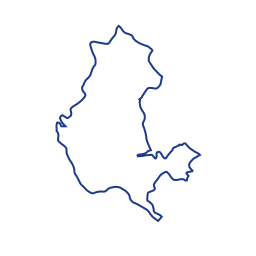 Nghia Lo, Yên Bái, Vietnam, rotated 133°
{"feature_id": "81297802B35519691635120", "entity_name": "Nghia Lo", "entity_type": "district", "adm_level": 2, "iso_a3": "VNM", "parent_name": "Vietnam", "parent_adm1": "Yên Bái", "projection": "equal_earth", "projection_center": [104.497, 21.599], "detail": "fine", "context": "isolated", "style": "outline", "palette": "blue", "viewbox_px": 256, "rotation_deg": 133, "n_neighbors": 0, "source": "geoboundaries", "source_scale": "gbopen_adm2", "svg_char_len": 5268}
<svg xmlns="http://www.w3.org/2000/svg" viewBox="0 0 256 256"><g transform="rotate(133 128 128)"><path d="M90.5,213.4L92.0,213.1L93.1,212.2L95.4,208.3L97.5,204.2L98.5,201.2L100.2,198.3L102.5,196.1L103.9,195.2L104.5,195.0L106.4,195.0L107.9,194.6L109.0,194.3L112.1,192.9L113.9,192.2L114.6,191.7L115.3,191.6L117.5,191.3L122.0,191.5L124.6,190.9L127.2,189.8L129.3,189.5L130.5,188.4L131.6,186.7L131.9,184.7L132.3,182.6L133.1,181.5L134.7,180.9L137.8,180.7L140.0,180.8L143.5,181.3L146.3,181.9L147.7,182.3L148.7,182.6L150.1,182.9L151.5,183.1L152.2,183.1L153.0,183.0L153.7,182.6L154.5,181.5L155.4,180.2L156.2,179.2L157.4,178.4L158.4,178.2L160.0,178.4L160.9,178.6L162.3,179.2L162.5,180.2L163.1,183.5L163.5,184.8L164.2,185.0L164.5,185.1L164.8,185.1L165.3,185.1L165.9,185.0L166.5,184.9L166.8,184.7L167.1,184.4L167.4,184.2L167.7,183.4L168.6,181.1L169.0,180.0L169.2,178.1L169.3,175.9L169.4,174.9L172.2,177.8L171.5,179.8L171.0,181.7L171.7,182.8L172.1,183.3L172.4,183.4L172.6,183.4L172.8,183.4L173.5,182.9L174.7,182.2L175.5,181.5L177.4,179.5L178.9,178.2L178.9,177.6L179.0,177.0L179.2,176.4L179.4,175.9L179.6,175.5L180.2,174.7L180.6,174.0L181.4,173.4L183.1,172.1L184.0,171.6L184.5,171.0L184.7,170.6L185.0,170.1L185.1,169.3L185.0,167.5L185.0,166.5L184.9,165.4L184.7,163.8L184.6,161.9L184.6,160.8L184.7,160.1L184.9,159.5L185.1,159.1L185.4,158.6L186.0,158.0L186.9,157.1L187.4,156.7L187.9,156.1L188.7,154.9L188.9,154.5L189.1,153.9L189.7,152.6L190.0,151.8L190.5,150.7L190.9,149.7L191.4,147.5L191.6,146.9L191.9,145.7L192.2,144.6L192.5,143.7L193.0,142.6L193.6,141.2L194.0,140.4L194.7,139.3L196.0,137.9L196.9,136.9L197.3,136.3L197.7,135.4L198.2,133.2L198.7,131.5L199.2,129.9L199.9,128.2L200.4,126.7L201.0,125.3L201.2,124.1L201.3,123.3L201.3,122.2L201.4,119.0L201.5,117.5L201.6,116.0L201.5,114.6L201.3,113.3L201.0,112.0L200.7,110.8L200.3,109.9L199.9,109.4L199.4,108.9L198.8,108.5L197.4,107.9L196.4,107.3L194.9,106.2L193.7,105.3L192.8,104.4L191.8,103.2L191.0,102.2L190.1,101.6L189.4,101.4L188.9,101.2L187.0,101.1L185.9,101.0L184.6,100.5L183.5,100.0L182.3,99.1L181.0,98.2L179.9,97.3L179.0,96.4L178.2,95.3L177.6,94.4L177.2,93.6L176.7,92.3L176.4,90.7L176.0,88.5L175.8,87.9L175.7,87.0L175.7,85.9L175.7,84.5L175.9,82.8L176.0,82.0L176.3,81.3L176.7,80.6L177.2,79.8L178.0,78.7L178.5,77.6L178.7,77.0L178.8,76.4L178.9,75.7L178.9,74.2L178.9,73.7L178.7,72.9L178.3,72.0L178.0,71.2L177.7,70.0L177.2,68.6L176.7,66.2L176.4,65.2L175.7,62.0L175.3,60.3L175.1,59.6L174.9,57.4L174.9,56.8L174.9,56.2L175.1,55.7L175.3,54.6L175.6,53.2L175.9,51.4L176.1,50.1L176.1,49.5L176.1,48.7L176.0,47.2L175.7,44.9L175.5,42.8L175.4,42.6L172.2,42.7L169.9,42.8L169.8,44.7L170.2,46.4L170.7,48.2L171.2,49.3L171.4,50.1L171.5,50.8L171.5,51.5L171.2,52.3L170.9,52.9L170.0,53.7L169.1,55.0L167.9,57.0L167.4,58.2L167.4,60.0L167.4,61.6L167.6,63.1L167.9,64.3L166.9,65.4L166.0,66.2L164.8,67.1L163.0,68.5L162.1,69.0L161.5,69.1L160.7,69.0L160.4,68.8L159.4,68.3L157.5,67.4L156.2,66.8L155.4,66.6L154.6,66.7L154.3,66.9L153.9,67.2L153.4,68.1L152.7,69.4L152.1,70.2L151.6,70.6L150.9,70.8L147.3,71.3L144.9,71.5L140.7,72.1L139.1,72.0L137.8,71.7L135.8,71.1L134.7,70.6L133.7,69.8L133.7,66.7L134.6,63.1L134.8,60.7L134.7,59.2L133.7,57.9L131.8,56.1L129.7,54.7L128.3,53.4L127.5,51.9L127.3,50.3L126.3,49.2L125.3,50.0L123.3,50.7L122.1,50.9L121.9,51.0L121.6,51.3L121.6,52.3L121.6,53.4L121.4,54.1L121.2,54.5L120.4,54.6L120.1,54.4L119.1,53.9L115.9,51.6L115.6,51.5L115.3,51.6L115.2,52.3L115.0,54.9L114.9,55.9L114.7,56.4L113.0,58.5L110.2,59.2L106.0,59.2L104.2,58.8L102.9,58.1L101.0,57.8L99.4,57.3L98.6,57.0L98.5,57.4L98.5,57.9L98.9,60.0L99.8,63.1L100.3,66.5L100.7,69.0L100.6,70.9L100.4,72.9L100.2,75.5L100.6,76.1L101.5,76.7L102.0,76.8L102.3,76.8L102.9,76.7L103.2,76.7L103.5,76.8L104.1,77.4L104.3,77.9L104.6,78.4L105.0,79.0L105.6,79.2L106.0,79.1L106.2,78.9L111.6,81.3L114.2,80.4L117.6,80.4L119.1,80.3L120.5,80.2L122.1,80.0L124.2,79.6L125.1,80.3L125.3,81.7L124.9,83.8L124.3,85.6L123.9,88.1L124.4,89.3L125.3,89.8L126.0,90.1L127.3,89.7L128.7,88.2L130.3,87.1L131.2,86.9L131.7,87.4L131.4,90.3L131.4,92.3L133.1,94.0L136.2,96.6L139.2,98.9L141.9,101.4L141.6,102.3L140.3,102.2L138.5,100.5L135.3,98.3L133.4,97.7L131.0,97.6L129.7,96.7L128.7,96.1L128.3,96.8L126.7,100.7L125.0,104.4L123.5,107.0L122.1,108.5L121.0,110.1L119.9,111.3L119.2,112.6L116.9,116.4L116.3,118.0L114.5,120.4L113.0,120.9L111.3,121.4L110.0,122.0L108.8,123.0L108.0,123.8L107.1,124.8L106.5,126.0L106.0,127.6L105.6,129.7L104.3,133.0L103.5,134.3L101.2,137.1L99.2,138.3L99.2,138.6L99.3,139.2L97.1,138.9L96.4,138.9L95.9,138.9L94.8,139.3L92.7,139.6L91.1,140.0L87.5,140.5L86.1,140.6L84.8,140.3L83.2,138.8L80.7,135.2L79.9,134.2L78.2,133.7L75.6,133.7L73.5,134.3L70.2,136.3L67.1,138.2L67.2,138.6L67.3,139.4L67.4,140.7L67.4,142.2L67.0,149.6L65.3,156.8L64.6,158.7L62.5,160.7L61.3,161.4L59.1,162.2L57.4,162.6L56.1,162.7L55.1,162.8L54.7,163.1L54.5,163.5L54.4,163.9L54.4,165.5L54.6,168.5L55.2,170.2L56.4,172.7L58.2,177.4L58.6,179.5L59.0,182.0L59.0,182.9L58.9,184.9L58.0,186.9L57.7,188.5L58.0,189.4L58.9,191.7L60.1,194.2L60.4,195.3L60.5,196.9L60.4,198.4L59.7,201.0L59.6,202.5L59.6,203.9L59.7,204.4L61.4,204.4L63.0,204.1L66.4,201.9L68.7,200.9L70.3,200.8L73.5,200.7L78.1,199.9L80.2,200.1L80.5,200.4L80.9,200.9L82.1,202.4L85.8,208.1L87.9,211.6L88.4,212.1L89.0,212.6L90.5,213.4Z" fill="none" stroke="#1e3a8a" stroke-width="2"/></g></svg>